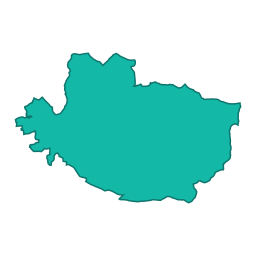 Ciofrangeni, Arges, Romania (Robinson projection)
{"feature_id": "2599482B54704009633873", "entity_name": "Ciofrangeni", "entity_type": "district", "adm_level": 2, "iso_a3": "ROU", "parent_name": "Romania", "parent_adm1": "Arges", "projection": "robinson", "projection_center": [24.531, 45.102], "detail": "fine", "context": "isolated", "style": "filled", "palette": "teal", "viewbox_px": 256, "rotation_deg": 0, "n_neighbors": 0, "source": "geoboundaries", "source_scale": "gbopen_adm2", "svg_char_len": 5710}
<svg xmlns="http://www.w3.org/2000/svg" viewBox="0 0 256 256"><path d="M188.8,202.7L191.0,201.7L191.9,201.1L193.4,199.1L195.0,197.6L195.1,197.2L195.7,195.8L196.5,193.2L196.6,192.4L196.7,191.7L196.4,191.3L196.0,190.1L194.5,188.5L193.8,187.2L193.4,184.9L193.4,183.9L195.2,183.5L196.7,182.9L198.2,181.7L198.8,180.9L200.6,180.8L201.1,181.6L201.8,181.7L204.4,182.7L206.4,182.2L209.2,180.7L209.5,180.3L209.9,180.1L211.0,177.7L211.9,177.2L212.5,177.0L213.3,176.3L214.5,174.4L214.6,173.7L215.9,172.1L216.7,171.6L221.5,169.7L223.3,169.8L223.5,169.3L223.5,168.6L223.5,167.8L223.3,167.4L223.4,164.8L223.2,164.6L223.9,164.0L223.7,163.4L224.0,163.1L224.7,163.0L225.4,162.5L225.7,162.0L225.8,161.7L226.1,161.4L227.0,161.2L228.1,160.2L228.7,159.9L229.2,159.1L229.5,159.0L229.9,158.6L230.0,157.7L230.4,156.8L230.4,156.1L230.3,155.1L230.6,154.6L230.1,154.1L230.1,153.3L230.4,152.7L230.3,151.1L230.4,150.5L230.6,150.2L231.0,149.0L230.8,148.5L231.0,147.2L230.6,145.5L230.1,144.2L230.1,143.9L230.3,143.6L230.2,142.2L230.4,141.5L230.4,141.0L230.2,138.0L230.0,137.3L229.8,135.7L229.9,134.5L229.4,131.2L229.6,130.3L230.1,129.5L230.5,127.2L231.1,126.1L232.0,125.2L233.7,124.1L236.2,124.0L237.3,124.8L238.0,125.1L238.0,124.0L238.3,123.3L238.3,122.4L238.7,121.5L238.1,118.4L238.3,112.9L239.3,110.3L239.3,108.7L240.5,107.3L240.6,105.8L240.2,105.3L240.0,103.0L235.1,103.8L232.2,103.9L229.2,103.8L225.7,102.8L222.8,101.7L220.5,101.3L218.3,99.6L217.1,99.4L216.7,99.2L215.2,99.2L212.7,99.0L208.4,99.2L206.6,99.2L204.4,99.5L203.1,98.5L202.8,98.5L201.7,98.0L200.6,96.2L200.5,95.4L200.1,94.7L199.5,94.1L199.0,93.0L197.2,92.5L194.4,91.2L194.2,90.7L193.2,89.7L192.8,89.8L191.5,89.2L190.6,89.1L188.5,87.9L186.9,86.6L185.9,85.2L185.0,84.2L183.0,86.1L181.4,87.6L178.5,88.0L174.5,85.8L172.8,84.7L171.4,84.8L170.0,84.5L169.4,84.5L167.5,85.0L165.1,84.7L162.8,84.7L161.8,84.5L161.0,84.5L159.7,84.0L159.2,83.7L158.9,83.4L158.1,83.2L156.8,83.1L155.8,82.1L155.1,82.0L152.4,82.9L151.5,83.4L150.7,82.7L150.4,82.9L150.4,83.5L150.0,84.0L150.1,84.6L149.9,84.9L148.1,85.8L147.0,86.2L142.2,86.4L141.4,84.8L140.7,84.2L140.0,84.5L139.5,84.9L137.1,85.6L136.4,85.5L136.1,86.0L135.6,86.4L135.1,86.3L134.7,86.0L133.9,86.1L135.1,84.5L135.1,80.4L134.3,72.3L133.7,71.4L132.7,70.1L132.2,69.3L131.6,68.8L131.1,67.5L131.2,66.7L132.2,66.3L133.7,66.1L134.4,65.4L135.1,64.2L135.3,62.2L135.2,61.2L134.6,60.0L130.7,60.2L127.6,59.7L126.4,59.0L120.2,56.2L118.7,55.0L117.6,54.2L116.0,53.5L112.9,55.1L112.8,55.6L111.4,57.0L110.6,57.4L110.4,58.0L109.3,58.6L108.5,60.2L104.3,64.0L103.0,65.4L99.7,61.9L98.6,61.5L97.4,61.4L93.3,59.0L90.7,56.7L89.5,55.4L88.9,54.6L88.6,53.6L88.3,53.3L85.4,53.6L79.9,54.6L78.6,54.5L74.9,53.8L73.9,53.8L72.8,54.2L72.1,54.7L71.6,55.2L71.4,55.8L71.5,57.4L71.2,58.5L70.6,59.5L68.0,62.4L68.0,64.0L67.6,65.1L67.9,66.8L68.2,67.5L69.7,69.2L70.4,70.9L70.2,71.3L69.3,72.1L69.0,72.5L69.0,73.0L69.6,74.4L69.6,75.0L69.5,75.5L68.9,76.8L67.6,78.2L67.3,79.1L66.2,80.7L65.9,81.9L64.4,85.5L64.9,86.7L64.9,87.4L64.7,88.0L64.7,89.5L64.9,90.5L65.4,91.2L65.7,92.9L66.0,93.6L65.2,94.0L66.2,95.8L66.5,97.2L67.2,98.8L67.1,101.9L66.2,104.8L65.9,105.3L65.4,105.6L64.8,106.4L64.7,107.5L64.4,108.3L60.8,113.1L59.6,113.8L57.8,114.4L57.0,114.6L55.5,114.6L55.3,114.5L54.5,113.7L53.0,111.9L52.8,111.6L52.4,109.6L52.4,107.4L52.1,107.1L51.7,106.9L49.9,105.9L49.5,104.9L49.1,104.5L44.4,99.8L42.2,97.2L39.8,99.3L39.6,99.7L38.9,100.1L35.2,98.7L34.1,98.0L33.8,99.1L32.7,101.1L32.8,101.6L31.9,103.0L31.5,102.7L29.0,104.3L27.2,105.9L26.2,106.1L24.7,106.9L24.7,107.1L24.8,107.9L26.6,111.0L27.1,112.6L27.0,112.9L26.5,113.2L26.2,113.5L26.5,115.0L26.4,115.6L26.2,115.8L26.3,116.0L28.3,116.3L29.8,116.1L30.2,116.2L31.3,116.2L31.6,116.4L31.7,116.9L31.5,117.0L30.9,116.8L30.6,116.9L30.1,117.1L29.1,118.0L28.5,117.6L28.0,117.4L24.6,117.8L23.8,117.5L23.1,117.1L21.7,117.0L20.2,117.4L18.9,117.6L18.0,118.2L16.7,118.8L15.4,119.8L15.8,120.8L16.0,122.4L16.7,122.3L16.8,123.2L16.4,126.3L22.0,125.7L22.4,128.6L21.2,128.7L21.4,130.2L22.6,130.1L22.9,130.0L23.2,130.1L23.8,133.0L23.7,133.6L23.8,134.4L25.3,134.0L29.3,133.5L31.6,132.3L35.0,130.9L35.1,132.0L35.6,132.0L35.5,134.2L35.7,134.6L35.6,134.9L35.3,135.8L35.1,137.5L35.3,138.4L35.8,138.8L35.9,139.4L36.6,139.4L37.0,139.7L38.5,139.7L38.8,139.8L38.6,142.4L36.1,142.7L35.7,142.9L34.9,143.9L34.1,144.2L32.9,144.6L31.9,144.5L30.1,145.0L29.8,145.8L29.7,147.0L30.5,146.7L30.5,147.7L31.2,149.0L33.2,150.9L33.4,151.3L34.8,151.4L38.5,151.3L40.4,151.4L41.2,151.6L41.5,151.3L42.7,150.5L43.5,149.7L44.1,148.6L44.5,148.7L46.4,149.0L49.8,148.3L49.9,151.2L49.6,153.0L50.0,153.9L50.1,154.2L49.5,154.7L48.0,155.2L47.4,155.5L47.1,155.8L47.0,156.3L47.1,157.1L46.8,158.2L47.6,159.3L47.7,160.5L47.9,160.8L47.7,161.6L48.1,162.5L48.1,163.5L49.6,165.1L51.1,165.2L51.3,162.8L51.5,162.3L53.7,160.1L54.2,158.6L54.0,157.4L54.1,156.2L54.4,155.5L55.8,153.5L57.7,153.1L59.3,155.6L59.2,156.4L62.4,157.8L63.0,158.4L63.1,161.2L66.6,162.0L66.4,164.9L68.6,164.5L73.8,167.4L74.5,168.4L78.0,173.9L79.4,175.9L79.8,176.4L82.3,177.3L83.2,177.4L84.3,177.7L85.1,178.0L85.4,177.9L86.4,178.5L86.5,180.4L85.7,181.3L85.8,181.5L91.0,184.6L91.8,184.8L95.6,186.5L101.6,188.9L104.7,190.8L107.7,190.2L109.0,190.1L112.4,191.3L117.3,194.0L118.5,194.4L119.1,194.5L119.6,194.8L121.4,194.8L122.0,195.0L123.3,195.0L121.6,196.7L120.5,197.5L119.2,199.0L120.2,199.6L124.2,199.7L127.8,200.2L128.9,200.7L131.0,200.9L133.2,201.3L138.1,201.7L142.2,201.1L143.8,201.2L150.9,200.3L152.1,199.7L156.7,199.9L158.2,200.2L160.5,200.3L161.4,199.9L161.5,199.5L162.3,199.1L164.0,198.5L164.5,198.1L166.8,196.7L167.7,196.5L169.4,196.6L170.0,196.8L170.5,196.8L171.2,197.1L172.0,197.7L174.8,198.5L178.2,199.8L179.3,199.7L182.4,200.0L183.3,199.7L184.1,200.0L186.3,201.5L188.8,202.7Z" fill="#14b8a6" stroke="#0f766e" stroke-width="1.5"/></svg>